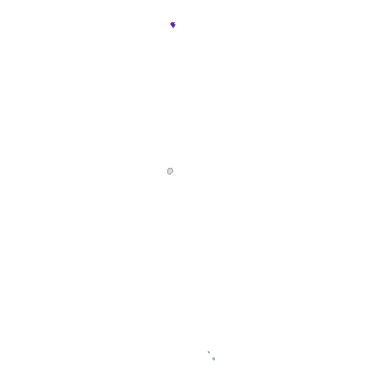 Utwe, Kosrae, Federated States of Micronesia shown in context, rotated 252°
{"feature_id": "79324940B42296922872793", "entity_name": "Utwe", "entity_type": "district", "adm_level": 2, "iso_a3": "FSM", "parent_name": "Federated States of Micronesia", "parent_adm1": "Kosrae", "projection": "orthographic", "projection_center": [162.945, 5.291], "detail": "fine", "context": "in_parent", "style": "outline", "palette": "violet", "viewbox_px": 384, "rotation_deg": 252, "n_neighbors": 0, "source": "geoboundaries", "source_scale": "gbopen_adm2", "svg_char_len": 1349}
<svg xmlns="http://www.w3.org/2000/svg" viewBox="0 0 384 384"><g transform="rotate(252 192 192)"><path d="M221.1,179.7L219.4,180.4L217.2,180.0L216.6,177.6L215.6,177.0L215.8,175.8L217.3,174.8L220.5,175.6L221.7,177.4L220.9,178.5L221.1,179.7ZM27.6,161.5L27.4,161.9L25.6,161.7L25.4,161.4L25.5,161.3L26.4,161.1L26.5,160.6L26.1,160.5L26.5,160.2L27.1,160.1L27.5,160.5L27.7,161.0L27.6,161.5ZM358.0,224.2L358.3,225.7L356.5,225.0L356.2,224.4L357.3,223.9L358.0,224.2ZM34.4,159.1L33.9,159.2L33.7,159.0L33.8,158.3L34.0,158.0L34.5,158.0L35.3,158.2L35.3,158.4L34.4,159.1Z" fill="#d9dde1" stroke="#a8b0b8" stroke-width="1"/><path d="M358.1,224.5L357.9,224.6L357.7,224.6L357.6,224.8L357.4,224.8L357.2,224.8L356.9,224.9L356.9,225.0L356.6,225.2L356.5,225.3L356.4,225.2L356.2,225.2L356.2,225.3L355.9,225.4L355.9,225.5L355.9,225.4L355.9,225.5L355.8,225.4L355.7,225.4L355.8,225.5L356.0,225.7L356.1,225.8L356.3,225.8L356.5,225.9L356.7,226.0L356.8,226.0L357.0,226.0L357.0,225.9L357.3,225.9L357.5,225.8L357.5,225.7L357.4,225.7L357.4,225.8L357.2,225.9L356.9,225.9L356.8,226.0L356.8,225.9L356.7,225.9L356.8,225.8L357.0,225.8L357.3,225.8L357.3,225.7L357.5,225.5L357.8,225.7L357.8,225.8L358.0,226.0L358.0,225.8L358.2,225.7L358.3,225.6L358.5,225.5L358.5,225.4L358.6,225.2L358.6,224.9L358.4,224.7L358.2,224.7L358.1,224.5Z" fill="none" stroke="#5b21b6" stroke-width="2"/></g></svg>